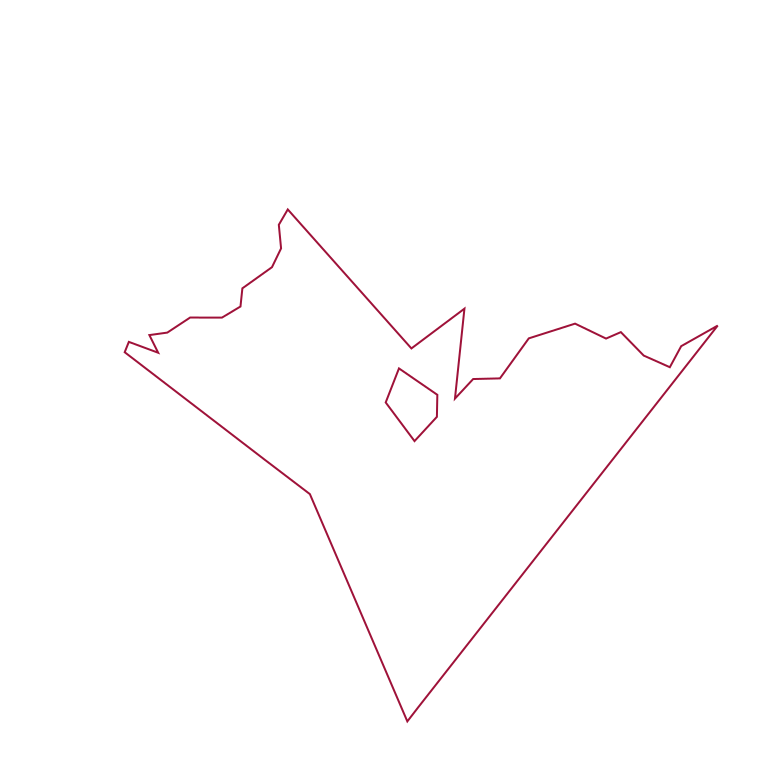 outline of Greensville, Virginia, United States of America, rotated 308°
{"feature_id": "52423323B40358920448273", "entity_name": "Greensville", "entity_type": "district", "adm_level": 2, "iso_a3": "USA", "parent_name": "United States of America", "parent_adm1": "Virginia", "projection": "robinson", "projection_center": [-77.525, 36.721], "detail": "fine", "context": "isolated", "style": "outline", "palette": "rose", "viewbox_px": 768, "rotation_deg": 308, "n_neighbors": 0, "source": "geoboundaries", "source_scale": "gbopen_adm2", "svg_char_len": 611}
<svg xmlns="http://www.w3.org/2000/svg" viewBox="0 0 768 768"><g transform="rotate(308 384 384)"><path d="M132.5,610.1L151.1,610.0L635.5,611.0L596.8,594.9L573.2,598.9L566.3,571.2L570.7,538.7L556.5,531.0L549.2,497.4L509.1,470.0L459.8,471.9L442.8,451.2L416.2,448.9L492.9,401.0L428.9,383.7L462.3,200.7L444.7,203.1L427.5,219.4L407.1,223.8L372.2,213.5L356.7,223.2L336.5,215.4L317.0,190.3L291.1,181.6L278.1,169.0L269.6,186.8L260.1,157.0L249.4,160.1L250.9,337.0L251.6,393.4L132.5,610.1ZM370.5,396.7L405.5,386.2L408.3,432.7L390.7,445.9L357.8,443.2L370.5,396.7Z" fill="none" stroke="#9f1239" stroke-width="2"/></g></svg>